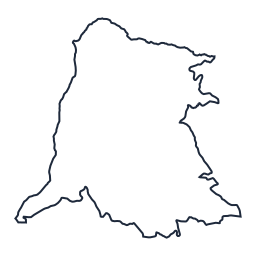 outline of Équateur
{"feature_id": "COD-1461", "entity_name": "Équateur", "entity_type": "Province", "adm_level": 1, "iso_a3": "COD", "parent_name": "Democratic Republic of the Congo", "parent_adm1": "", "projection": "orthographic", "projection_center": [21.263, 1.316], "detail": "fine", "context": "isolated", "style": "outline", "palette": "slate", "viewbox_px": 256, "rotation_deg": 0, "n_neighbors": 0, "source": "natural_earth", "source_scale": "10m", "svg_char_len": 5781}
<svg xmlns="http://www.w3.org/2000/svg" viewBox="0 0 256 256"><path d="M40.6,191.7L46.0,185.2L47.4,184.0L47.8,183.0L49.6,181.3L50.2,180.5L49.9,175.4L49.2,172.6L49.2,171.1L50.4,165.8L53.2,158.7L55.6,155.2L55.8,154.8L55.9,151.5L55.4,150.5L55.0,150.3L54.3,148.2L54.7,144.4L53.9,140.7L53.9,138.5L53.5,136.5L54.3,134.8L54.9,134.1L56.1,132.1L56.3,131.5L56.4,129.7L57.4,126.5L57.7,124.9L59.4,121.2L59.3,112.4L59.7,110.1L59.5,108.7L59.7,106.0L59.5,103.8L60.6,100.8L61.6,99.4L62.1,99.2L63.1,97.3L64.1,94.1L66.1,92.1L66.4,92.0L68.6,88.0L69.4,86.1L69.6,84.9L70.9,82.5L72.5,78.0L72.9,77.5L74.9,76.2L75.4,74.8L75.8,70.6L75.6,67.0L74.4,59.6L75.0,56.1L75.0,54.1L75.8,52.5L76.0,50.0L75.6,47.6L75.2,46.5L73.9,43.7L73.1,43.1L72.9,42.6L73.0,42.0L73.4,41.2L74.0,40.7L74.5,40.7L75.1,41.1L76.2,41.1L78.1,40.6L79.0,39.9L79.7,39.0L81.2,35.4L81.9,34.4L82.8,33.6L83.2,32.8L84.0,32.3L85.0,30.7L86.4,29.5L86.6,28.4L87.3,27.7L88.1,25.9L89.4,24.5L89.9,24.3L91.7,24.2L92.8,22.5L94.2,21.9L96.7,20.3L97.7,19.1L98.4,18.9L100.8,18.9L102.3,18.4L103.3,18.9L106.8,19.0L108.3,19.5L110.0,20.3L111.4,22.8L114.7,23.6L117.0,25.2L119.4,26.3L121.3,28.4L124.2,29.3L125.2,30.7L125.8,32.0L126.5,32.5L127.5,33.6L127.7,34.2L127.1,35.7L127.4,36.3L131.0,39.5L131.7,39.7L134.1,39.3L136.4,39.3L137.1,39.2L138.2,38.5L139.3,38.4L142.0,39.0L145.2,40.1L146.2,41.6L147.3,42.0L147.5,42.5L148.6,42.7L149.0,43.0L149.6,42.9L150.6,41.9L151.2,41.9L153.7,43.4L154.3,43.6L156.5,43.7L157.2,44.2L158.3,44.4L161.1,43.0L161.6,42.9L164.0,43.0L165.0,43.6L166.4,43.6L167.7,44.5L168.4,44.6L170.1,44.7L171.5,44.4L173.1,45.1L175.1,45.6L175.8,46.2L177.4,47.1L180.1,47.7L183.5,47.5L184.4,47.2L185.6,47.9L187.1,48.2L191.0,51.4L193.0,51.8L193.4,53.7L193.7,54.2L195.4,55.2L197.4,55.5L199.3,54.8L199.6,54.5L201.1,55.3L202.1,54.6L203.4,54.5L204.2,54.1L204.9,54.5L205.8,54.6L206.1,55.0L206.9,55.3L207.8,55.9L209.5,56.3L210.0,56.7L211.6,56.0L213.4,56.5L214.5,56.4L214.4,57.8L213.8,58.8L212.6,59.9L211.2,61.7L210.5,62.3L209.8,62.4L208.6,61.7L206.9,61.6L205.5,60.7L204.9,60.6L203.9,61.3L201.1,64.2L200.0,64.6L198.0,64.4L195.8,65.5L190.9,67.0L189.8,68.0L189.4,68.9L189.4,69.5L189.5,70.0L190.2,70.8L193.0,71.5L193.9,72.3L194.2,72.7L194.3,74.0L193.8,78.1L194.0,79.0L194.7,79.9L195.4,80.0L195.9,79.8L198.7,76.4L200.0,75.4L201.1,75.0L201.8,75.1L202.1,75.5L202.3,76.7L202.2,77.7L200.9,80.5L200.6,82.3L199.6,84.0L199.9,87.1L199.0,89.3L199.6,90.5L201.2,92.5L202.3,93.5L203.7,94.1L208.9,93.2L209.8,93.3L210.3,93.5L212.1,95.5L215.5,97.2L217.9,99.0L218.3,100.3L218.5,102.9L218.3,103.1L217.7,103.2L214.6,102.1L209.9,101.3L206.5,103.7L203.8,105.4L202.7,105.7L201.6,105.3L199.9,103.4L199.4,103.2L199.2,104.0L198.3,104.2L198.3,105.0L198.0,105.5L196.9,105.7L196.8,106.4L196.3,106.7L196.1,107.1L195.4,107.6L194.7,107.6L193.2,108.1L192.4,107.6L191.6,107.5L190.3,105.8L188.9,105.2L188.2,105.1L188.0,105.3L187.9,105.6L188.2,106.8L188.1,107.5L186.1,111.4L185.4,116.1L185.0,117.2L183.9,118.6L181.1,120.5L180.5,121.1L179.8,122.6L180.0,122.7L180.8,122.6L181.4,122.8L182.0,122.6L183.9,123.1L184.7,123.6L185.5,123.8L187.0,124.7L189.5,127.1L190.9,130.3L192.4,132.3L193.8,135.6L194.7,137.0L194.9,137.7L194.8,138.6L194.9,140.0L196.1,142.9L195.9,145.7L196.4,146.7L197.8,148.4L198.6,151.9L199.3,153.8L200.0,154.9L202.5,157.8L204.2,161.2L207.2,164.7L211.4,171.0L211.7,171.7L211.7,172.7L211.4,173.0L209.7,173.5L208.5,174.5L207.3,174.4L204.9,173.6L203.8,173.6L202.7,174.3L199.5,177.1L199.9,177.3L205.6,177.7L206.3,178.0L207.2,179.4L207.7,179.6L208.5,179.6L212.8,178.1L213.8,178.8L216.5,182.3L217.7,183.4L217.8,184.0L217.3,184.5L214.2,185.4L210.7,188.0L210.6,188.8L211.0,189.5L211.7,190.3L216.3,194.1L218.8,195.2L220.6,196.4L221.4,197.4L221.8,198.6L222.3,199.2L224.0,199.9L228.2,203.4L230.6,204.7L232.0,205.1L236.3,205.0L237.0,205.2L237.3,205.6L239.2,209.2L239.8,211.0L240.6,216.6L231.0,215.4L229.0,215.6L228.2,215.9L223.7,216.1L223.0,216.5L222.5,217.1L222.4,219.3L222.2,219.7L221.7,220.1L220.6,220.7L220.1,221.3L219.9,221.7L219.7,223.1L219.1,223.2L217.0,222.9L215.6,222.8L207.6,224.4L206.5,224.9L205.8,224.5L203.9,221.7L202.9,221.0L201.9,220.8L200.5,220.7L198.3,221.5L197.3,220.0L195.0,218.6L193.4,218.5L191.0,217.2L190.0,217.4L189.4,217.2L188.9,217.8L187.2,220.5L186.1,221.4L185.2,221.5L180.9,221.3L176.8,220.2L176.4,220.5L176.5,221.4L177.5,223.7L178.1,227.8L179.9,234.2L179.8,235.1L179.5,235.5L178.8,236.0L177.8,236.0L177.0,235.2L176.8,234.4L177.0,232.4L176.8,231.5L176.3,230.9L175.5,230.7L174.7,231.2L173.9,232.4L172.8,233.3L170.7,234.4L169.1,236.4L166.7,237.6L165.2,237.0L164.4,236.4L162.6,235.7L161.4,234.7L160.2,234.4L158.7,233.1L157.9,232.9L156.7,232.4L156.4,232.5L156.3,232.8L155.9,235.7L154.9,236.4L150.3,237.3L148.2,237.3L143.2,236.6L143.0,234.5L142.6,233.3L134.2,223.3L133.7,223.1L133.3,223.2L132.5,223.9L130.0,223.7L127.5,225.0L126.6,225.1L124.1,224.0L122.5,223.7L120.7,221.8L119.7,221.2L117.2,221.0L114.4,221.2L112.2,220.8L111.3,219.9L109.2,214.8L107.4,213.4L106.7,213.2L106.1,213.2L105.8,213.5L103.1,216.8L101.4,216.8L100.7,216.5L100.4,214.7L99.4,211.1L96.4,206.5L95.1,203.3L94.3,201.9L92.0,199.5L88.3,194.1L87.7,191.4L87.7,190.0L87.2,188.7L86.7,187.7L86.0,187.0L85.6,186.8L85.2,186.9L85.0,187.2L84.5,188.7L84.0,189.4L82.5,190.4L80.7,191.2L80.1,192.1L80.1,194.7L80.7,195.8L82.0,197.1L82.3,197.9L82.1,198.6L81.0,200.2L80.4,200.6L79.3,200.9L76.9,200.8L73.9,201.6L72.2,201.7L69.9,200.8L67.3,198.6L62.8,197.8L61.6,197.9L60.5,200.1L59.4,201.4L57.9,203.0L55.4,204.8L54.2,205.3L50.7,206.1L48.2,207.6L45.2,208.4L43.7,209.1L34.1,214.8L31.1,217.1L28.8,217.2L23.8,216.7L23.5,217.2L23.6,217.8L25.5,218.8L25.9,219.5L26.0,222.5L18.3,222.4L16.3,219.5L15.4,218.5L17.6,215.6L18.0,214.8L18.2,212.7L18.5,211.8L20.1,209.0L21.0,207.7L24.1,201.7L26.3,200.1L29.0,197.1L29.5,196.8L31.9,196.2L33.8,195.4L35.8,195.1L37.6,194.5L38.3,193.7L39.2,193.1L40.6,191.7Z" fill="none" stroke="#1e293b" stroke-width="2"/></svg>